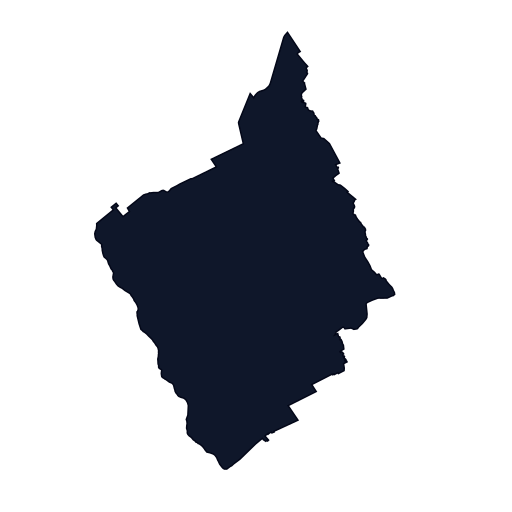 Chacabuco, San Luis, Argentina, rotated 141°
{"feature_id": "61730980B56219468048048", "entity_name": "Chacabuco", "entity_type": "district", "adm_level": 2, "iso_a3": "ARG", "parent_name": "Argentina", "parent_adm1": "San Luis", "projection": "robinson", "projection_center": [-65.4, -32.74], "detail": "fine", "context": "isolated", "style": "filled", "palette": "ink", "viewbox_px": 512, "rotation_deg": 141, "n_neighbors": 0, "source": "geoboundaries", "source_scale": "gbopen_adm2", "svg_char_len": 6159}
<svg xmlns="http://www.w3.org/2000/svg" viewBox="0 0 512 512"><g transform="rotate(141 256 256)"><path d="M412.8,108.8L408.7,108.7L406.9,108.3L404.3,108.5L396.4,108.2L373.4,110.3L373.4,110.2L365.8,110.3L365.9,108.6L365.0,105.8L363.6,105.9L363.4,104.9L362.1,105.0L362.3,110.5L358.8,110.6L358.9,109.9L357.5,109.9L357.5,110.2L354.9,109.4L355.0,108.5L352.6,107.8L352.4,108.5L326.7,102.0L325.2,119.5L294.5,112.8L293.6,121.0L271.2,116.3L271.3,115.6L269.7,115.3L269.9,114.6L265.8,113.8L266.0,112.8L259.7,111.5L258.0,113.3L255.7,117.2L251.9,116.4L251.7,116.9L251.7,117.7L251.9,117.9L252.9,117.9L252.9,118.9L252.1,119.5L251.8,119.1L251.3,119.1L251.4,120.0L251.8,120.7L251.4,121.3L251.5,121.5L251.8,121.6L251.8,121.9L250.5,122.2L250.5,122.8L251.1,122.9L251.4,123.5L250.8,124.1L250.9,124.6L250.3,124.9L249.5,124.8L249.4,126.2L249.6,127.3L251.1,127.8L250.9,128.8L249.8,128.9L246.3,128.4L244.2,131.7L244.0,133.3L243.0,135.3L242.5,137.5L242.6,138.1L243.4,138.1L243.3,138.8L242.4,139.3L241.9,139.9L241.8,140.4L242.5,141.1L242.6,141.5L241.3,144.3L244.4,145.1L242.9,145.6L241.4,146.6L239.0,146.3L233.9,146.2L233.3,146.0L232.8,145.6L232.6,145.0L232.7,143.4L227.5,140.2L226.7,138.7L226.2,137.5L225.9,137.3L223.5,135.9L222.8,135.7L221.1,136.2L215.5,136.7L210.5,137.7L208.7,138.4L206.2,141.0L200.6,149.5L199.7,149.9L198.1,149.7L193.4,148.5L187.9,146.6L186.6,145.7L185.4,144.6L180.4,140.7L175.1,139.4L174.6,138.9L172.4,138.9L171.4,140.6L171.0,142.7L170.3,144.8L170.1,146.4L170.5,149.9L170.5,154.8L170.0,155.7L170.0,156.7L170.7,158.8L172.0,159.0L172.4,159.5L172.4,160.3L171.8,164.4L171.9,164.7L173.7,165.3L174.1,165.6L174.2,168.8L174.9,172.7L173.6,176.6L172.8,181.0L172.2,186.8L170.3,192.7L169.7,192.4L167.5,192.9L165.2,191.9L164.7,192.2L163.7,193.2L163.3,193.3L162.3,193.1L162.0,193.2L161.6,193.6L161.4,193.9L161.5,195.0L161.0,196.2L161.2,197.2L160.6,198.1L160.6,198.9L159.4,198.8L158.8,199.0L158.7,199.2L158.9,200.3L158.3,201.8L158.3,202.6L157.1,204.3L156.7,205.4L156.1,206.0L156.0,206.5L154.7,207.0L154.0,208.1L154.0,209.0L153.8,209.2L154.0,210.1L153.8,210.6L154.4,211.3L154.3,211.6L154.3,212.1L154.0,212.5L154.2,214.1L153.6,216.4L154.1,217.3L153.9,218.9L154.0,220.9L153.8,221.5L153.9,222.2L153.7,222.6L153.6,224.1L153.3,224.2L153.3,224.8L153.0,225.3L153.8,226.2L153.7,226.8L154.1,227.6L153.9,228.1L152.0,229.6L151.4,230.6L150.8,231.1L150.2,231.8L149.8,231.8L149.6,231.5L149.3,231.5L148.3,232.3L147.9,233.2L147.2,236.1L145.6,236.5L144.5,237.2L143.4,237.5L142.9,237.4L145.1,248.2L143.9,248.2L144.6,252.7L145.8,257.8L146.2,258.5L147.1,259.3L147.4,259.9L148.8,264.6L150.2,266.4L147.7,265.3L147.2,268.2L144.6,268.2L143.8,268.3L139.3,268.1L137.8,272.3L136.7,272.6L136.5,273.0L136.2,273.1L136.2,273.3L137.3,273.9L136.6,276.9L132.3,275.5L128.2,297.1L129.4,304.6L131.2,306.6L130.5,315.9L128.9,316.5L125.8,319.1L125.0,319.4L124.4,320.2L123.8,320.5L123.7,320.9L123.1,321.1L122.9,321.4L122.5,321.3L122.3,322.1L121.8,322.2L121.7,322.6L122.4,324.0L122.4,324.3L122.0,324.5L121.9,324.8L121.9,327.2L121.7,327.6L122.1,328.4L122.1,328.9L122.0,329.3L121.1,330.6L121.1,331.7L120.8,332.8L120.9,333.1L122.1,334.0L123.3,336.1L123.3,337.0L123.1,337.8L122.7,338.3L122.7,338.8L122.9,339.4L123.5,339.8L123.7,340.4L124.0,340.9L123.9,341.1L123.3,341.4L121.8,342.7L121.3,343.3L121.6,344.1L123.2,346.0L123.6,347.0L123.6,347.3L123.3,347.7L122.9,347.7L122.6,347.5L122.3,346.9L122.2,346.2L121.7,346.2L121.3,346.5L121.1,347.1L121.5,347.7L121.8,348.5L121.3,349.1L121.3,349.9L121.0,350.3L120.8,350.7L120.2,351.0L120.0,351.8L118.5,353.6L117.9,353.6L117.3,353.9L116.8,353.8L116.1,354.0L114.4,354.0L113.5,354.2L113.0,354.1L112.5,354.2L112.2,354.2L109.7,359.8L109.4,359.9L109.8,362.7L108.3,363.0L101.2,365.3L100.9,365.9L101.2,366.5L101.1,367.0L100.6,367.3L100.0,367.4L99.6,367.8L99.2,368.7L99.2,369.7L98.2,370.7L96.5,370.8L96.8,375.9L96.9,387.0L95.3,387.5L93.0,387.1L90.8,410.0L94.8,409.3L96.8,408.5L136.2,381.2L137.8,380.4L139.2,379.9L143.8,379.6L145.7,380.0L149.6,381.6L152.0,381.9L155.0,381.5L156.5,381.1L158.2,380.3L158.3,385.9L184.9,371.2L185.7,370.6L186.6,368.9L195.2,351.2L229.9,359.3L230.7,350.2L256.6,356.1L258.2,357.1L270.0,359.9L273.4,360.4L279.3,361.7L279.8,361.7L282.3,361.1L284.5,361.2L285.3,362.0L286.5,365.1L286.9,365.5L287.8,366.0L288.5,366.2L291.3,366.6L292.4,367.1L295.7,369.8L298.1,371.3L299.0,372.1L301.2,372.5L302.5,373.3L305.0,374.2L325.7,374.2L326.3,370.2L334.6,370.3L334.7,381.7L331.5,381.7L331.5,385.0L337.8,385.0L337.8,381.6L359.4,381.5L360.6,379.9L363.2,377.3L365.4,376.3L367.3,374.8L369.2,371.7L369.9,369.4L369.9,368.4L369.4,366.3L369.1,364.6L368.9,364.1L368.6,362.0L369.8,360.8L370.9,358.5L371.9,357.2L373.3,354.5L374.2,352.3L374.6,350.9L374.6,350.1L374.2,349.3L374.2,348.4L374.0,347.8L374.1,345.8L374.7,344.6L375.5,342.6L375.8,340.5L376.7,337.1L376.6,335.3L377.0,334.3L377.2,332.6L380.4,329.8L381.5,328.1L381.8,326.8L381.8,325.2L382.1,322.0L382.0,319.5L381.2,317.1L380.3,315.1L379.6,311.8L377.6,306.3L377.5,305.0L377.9,303.9L377.8,302.6L378.1,299.5L378.7,298.1L378.7,295.7L379.2,292.8L380.2,289.9L381.2,288.6L382.9,287.5L383.6,287.5L384.3,286.6L385.3,285.0L385.9,284.4L389.5,276.9L391.6,271.4L391.2,269.6L391.2,268.3L390.6,266.9L390.0,264.2L389.8,261.3L389.3,257.6L389.2,256.0L389.5,254.1L389.4,252.4L389.8,249.4L389.7,247.6L390.0,246.3L391.2,243.8L392.4,242.5L393.2,241.3L394.0,240.7L394.9,239.6L397.2,237.7L398.5,235.8L399.7,234.2L400.3,233.1L400.4,232.4L401.7,230.8L401.9,229.5L401.0,227.1L401.5,226.2L402.5,225.4L403.7,224.1L405.2,221.5L404.9,219.7L404.4,218.7L404.2,217.5L403.7,216.6L402.7,212.6L401.3,210.0L401.2,208.5L401.4,207.3L402.8,204.4L403.3,203.0L403.9,202.0L404.1,201.3L404.4,199.6L404.3,198.0L404.5,196.7L404.3,195.4L403.2,193.3L401.7,191.2L401.3,190.0L401.0,188.1L401.5,185.1L402.7,182.4L409.1,175.2L413.0,172.9L413.7,171.1L415.1,169.0L416.4,167.9L418.3,165.9L419.4,163.3L420.8,161.7L421.2,160.2L421.1,158.1L420.7,156.9L420.4,155.4L420.4,152.6L419.8,150.7L419.8,149.1L419.0,147.9L419.0,146.7L418.3,145.7L417.7,143.5L417.4,141.6L417.4,138.8L417.6,137.5L417.6,134.6L415.6,132.0L414.1,129.5L413.6,128.4L413.3,127.0L413.4,124.1L414.2,121.5L414.4,120.2L415.2,117.1L415.3,113.4L415.2,111.8L414.7,110.4L412.8,108.8Z" fill="#0f172a" stroke="#020617" stroke-width="1.5"/></g></svg>